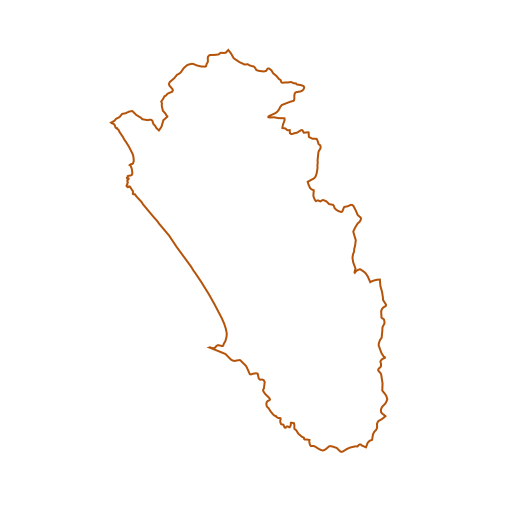 outline of Hoai Nhon, Bình Định, Vietnam, rotated 170°
{"feature_id": "81297802B87599740731463", "entity_name": "Hoai Nhon", "entity_type": "district", "adm_level": 2, "iso_a3": "VNM", "parent_name": "Vietnam", "parent_adm1": "Bình Định", "projection": "albers", "projection_center": [109.03, 14.515], "detail": "fine", "context": "isolated", "style": "outline", "palette": "amber", "viewbox_px": 512, "rotation_deg": 170, "n_neighbors": 0, "source": "geoboundaries", "source_scale": "gbopen_adm2", "svg_char_len": 6071}
<svg xmlns="http://www.w3.org/2000/svg" viewBox="0 0 512 512"><g transform="rotate(170 256 256)"><path d="M138.1,211.3L141.0,211.6L143.9,211.4L146.4,211.0L148.0,210.4L149.5,216.5L150.9,219.7L152.1,221.4L155.6,224.8L156.3,224.9L158.1,224.5L159.9,223.9L161.6,222.3L161.8,222.6L161.4,223.9L160.2,226.3L161.4,233.1L161.3,237.5L160.2,240.8L158.7,243.2L158.0,246.0L156.7,248.8L155.0,254.2L155.9,262.1L155.9,263.3L154.1,265.9L152.2,268.2L150.2,270.4L147.9,271.8L146.8,273.1L146.1,274.5L146.2,275.6L148.7,278.6L149.9,283.7L151.4,288.4L152.3,289.5L153.6,289.9L157.3,289.0L160.2,289.0L160.9,288.7L162.7,285.7L163.3,285.0L164.0,284.6L165.1,284.8L167.4,286.2L168.9,287.6L170.2,289.3L170.8,292.3L171.4,293.1L175.0,294.4L177.1,297.5L179.4,299.1L180.7,299.5L183.2,298.6L185.1,299.9L186.0,300.0L187.4,299.6L187.7,299.9L188.2,301.0L188.9,303.6L189.0,305.7L187.7,310.7L189.5,311.8L190.9,313.4L192.0,317.8L192.2,320.1L185.3,322.4L183.6,323.8L181.9,326.9L180.1,332.0L179.8,334.6L178.9,337.5L178.8,339.4L176.5,347.4L175.8,348.6L174.2,350.3L173.5,351.6L173.4,353.7L174.4,354.7L175.1,355.8L175.1,357.2L175.7,360.4L176.2,360.9L180.0,361.7L183.1,363.9L183.2,364.6L182.7,368.5L183.0,368.8L187.5,369.1L188.4,371.5L188.8,372.0L189.8,372.1L193.7,370.5L195.1,370.2L196.8,370.3L198.7,369.9L199.9,369.9L200.6,370.3L201.3,371.2L200.9,374.1L202.7,374.3L203.5,374.6L204.9,376.5L207.8,377.4L207.6,378.3L206.7,380.5L204.1,385.1L204.1,386.7L210.0,387.9L213.9,389.4L218.8,390.1L219.7,390.5L219.6,391.1L219.1,391.5L212.5,393.2L210.8,393.9L209.2,395.0L207.6,396.7L206.3,398.5L204.4,400.2L195.9,401.9L192.1,402.3L191.5,402.8L191.0,403.9L190.4,407.3L189.6,409.4L188.6,410.2L187.5,410.4L183.9,410.3L182.1,410.7L181.2,411.1L180.0,412.2L179.3,413.6L179.4,414.5L179.8,415.2L181.9,416.4L185.6,417.7L186.1,418.0L186.8,419.1L188.5,419.4L191.4,421.3L193.9,421.3L197.0,421.8L199.7,422.0L200.4,422.3L200.9,422.8L201.2,425.0L202.6,426.2L204.7,429.9L207.3,432.8L208.6,436.2L210.6,438.4L211.6,438.6L212.2,438.3L214.0,436.5L216.4,436.4L220.7,437.7L223.3,439.0L224.5,442.0L225.4,443.1L226.7,443.5L229.3,444.9L230.9,446.3L233.9,446.5L234.5,446.9L238.6,449.8L243.6,454.6L245.4,459.7L247.5,463.7L250.4,461.5L252.4,461.5L255.2,462.2L255.9,462.1L257.2,461.3L258.1,461.0L261.6,461.2L266.2,461.9L267.2,461.7L268.6,460.7L269.1,459.5L269.5,456.4L269.9,455.3L271.4,453.5L272.2,451.6L272.9,451.3L276.9,452.1L280.7,453.7L284.4,456.0L285.8,456.4L288.7,456.3L290.9,455.8L294.5,453.6L298.0,450.1L299.3,449.2L302.4,448.1L305.6,445.3L310.7,442.3L311.9,440.6L311.7,438.9L309.3,434.9L309.1,433.5L310.1,432.3L314.0,431.5L315.3,430.9L316.9,429.6L318.4,429.2L319.9,427.2L322.5,424.5L322.1,422.5L322.5,421.5L322.7,420.0L322.5,415.2L320.7,412.4L319.6,409.7L319.0,408.9L319.1,408.6L323.7,405.8L326.2,400.5L327.1,399.2L329.8,396.5L332.0,399.5L332.8,401.9L334.1,403.7L334.5,406.9L334.8,407.5L335.5,408.2L336.3,408.6L339.2,408.6L344.3,410.5L345.4,412.2L349.4,415.7L352.6,420.2L355.7,420.3L359.7,419.2L362.9,419.2L363.4,419.0L365.9,416.8L366.8,416.3L369.8,415.5L372.0,413.7L375.6,412.5L374.9,411.7L373.2,410.8L372.4,409.4L372.0,406.8L371.6,406.4L370.6,406.0L370.6,405.2L370.1,404.9L369.4,403.9L368.9,401.9L366.3,396.1L365.7,394.0L364.2,390.8L362.2,385.9L359.8,378.0L359.5,375.6L359.8,371.2L360.8,368.9L361.7,368.1L363.5,368.1L364.6,367.5L364.0,366.9L363.7,366.1L363.2,363.6L363.3,359.8L363.7,358.1L364.3,357.4L365.1,357.1L368.1,357.1L368.5,356.9L368.8,355.8L369.6,355.3L369.5,354.9L368.1,354.6L368.0,354.2L368.3,353.6L369.3,353.0L369.8,352.2L369.4,350.8L370.4,349.2L370.4,348.6L371.2,348.0L371.2,347.0L370.2,346.0L369.4,346.1L368.9,346.6L368.2,346.3L366.1,341.4L365.9,340.2L366.5,339.0L366.5,338.5L365.8,338.0L364.5,337.8L363.4,335.4L359.3,329.0L358.3,326.5L350.6,313.1L347.0,307.2L345.8,304.6L338.0,291.1L332.6,278.7L321.7,256.6L320.0,252.2L318.5,249.2L314.5,240.1L309.0,226.4L305.2,215.5L300.5,200.7L299.1,194.9L298.4,190.0L298.2,185.4L298.6,183.1L299.3,180.9L301.0,177.4L302.7,175.5L304.0,173.3L304.9,173.2L308.8,174.8L309.5,174.7L311.0,174.0L311.9,173.1L313.2,172.5L315.9,173.1L317.1,174.1L317.8,174.0L303.1,164.8L299.2,159.1L298.1,157.8L296.2,156.6L295.3,156.4L290.4,156.4L289.6,156.1L285.1,149.7L284.5,148.2L282.6,140.7L281.5,140.3L279.1,140.6L276.3,140.5L274.8,139.8L274.6,135.3L274.3,134.5L273.8,133.7L273.2,133.4L271.4,133.3L270.0,132.4L269.3,130.3L271.2,124.3L272.3,122.8L272.3,121.6L271.0,118.7L267.8,114.2L267.4,113.4L267.2,112.2L267.7,111.7L270.0,111.0L271.1,109.7L271.5,108.5L271.5,106.3L270.9,104.9L270.1,104.1L268.7,100.6L266.8,97.2L265.7,95.8L265.3,95.4L264.1,94.8L263.7,93.8L263.1,93.3L262.1,92.6L260.3,92.2L260.1,92.0L260.1,90.9L260.6,90.1L260.9,88.2L260.6,86.3L260.1,85.8L258.3,85.1L257.9,83.1L257.6,82.2L257.2,81.8L256.5,81.8L255.7,82.5L254.9,82.8L253.7,82.2L253.3,81.7L252.6,81.5L251.4,82.9L250.8,84.6L250.6,85.7L250.0,85.7L247.6,84.7L247.6,82.7L248.2,79.6L248.0,78.8L247.1,78.0L246.5,77.0L245.2,73.7L242.3,70.1L240.4,68.8L240.4,67.4L240.0,66.9L237.0,66.2L235.3,65.5L235.8,63.8L235.7,60.8L235.0,59.3L232.3,58.9L230.8,58.0L227.8,55.2L225.6,53.6L224.1,52.9L222.9,52.9L220.7,53.7L217.2,55.8L216.2,55.9L214.2,55.3L209.9,53.0L207.2,49.2L206.1,48.3L204.7,48.3L199.9,50.2L196.7,51.0L191.2,51.3L189.1,50.8L187.7,52.0L186.5,52.4L185.5,52.1L184.6,50.9L180.9,48.5L178.4,52.7L176.2,54.3L173.8,54.7L173.5,55.0L171.8,60.0L170.1,62.3L168.0,63.8L166.8,65.4L166.5,66.2L166.0,69.7L164.6,71.8L163.8,72.3L160.6,73.4L156.3,75.7L156.4,76.1L157.1,76.4L157.5,77.3L158.7,78.4L159.9,80.2L159.8,82.3L159.5,83.3L158.5,84.9L157.7,85.8L154.3,88.2L152.5,90.5L151.6,92.1L151.9,95.1L152.5,96.9L155.0,101.6L153.5,108.5L153.3,117.8L153.7,119.0L155.4,121.8L155.5,122.6L154.8,123.7L152.8,124.9L152.0,125.9L151.6,128.3L151.9,130.2L151.6,130.8L150.9,131.6L149.5,132.6L146.8,133.3L146.6,133.8L147.7,134.8L149.3,138.6L150.7,146.4L150.5,147.8L149.4,150.2L148.3,151.9L146.5,153.6L144.5,160.7L144.0,163.2L143.6,164.2L141.2,167.3L140.9,168.9L141.0,171.2L141.4,171.9L142.7,172.9L143.1,173.6L142.3,180.0L140.9,182.2L139.2,183.4L137.0,184.1L136.7,184.6L136.4,185.5L138.5,190.6L138.2,193.8L138.1,198.5L138.7,204.8L138.1,211.3Z" fill="none" stroke="#b45309" stroke-width="2"/></g></svg>